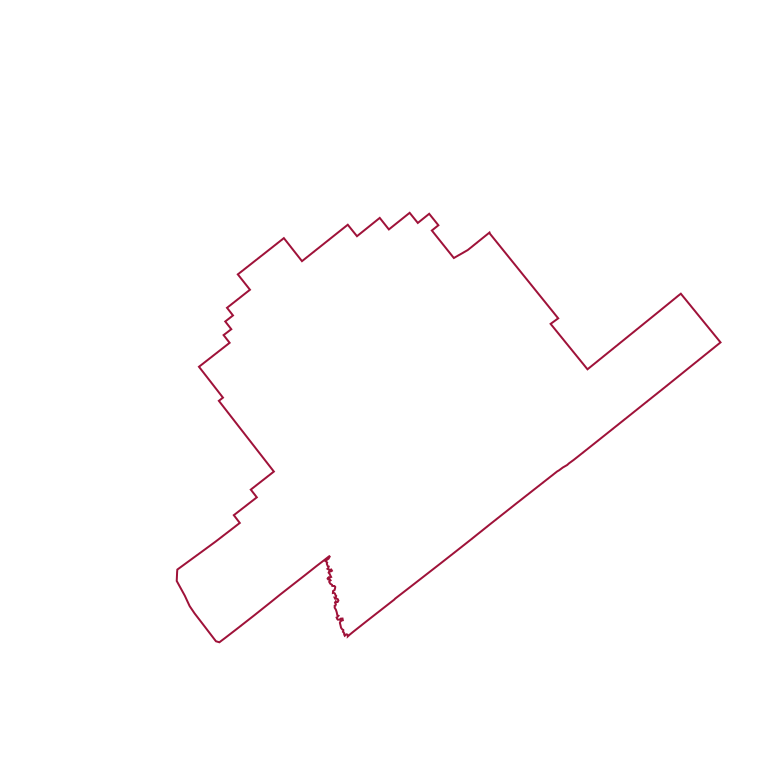 the district of Big Horn, Montana, United States of America, rotated 322°
{"feature_id": "52423323B41893825317472", "entity_name": "Big Horn", "entity_type": "district", "adm_level": 2, "iso_a3": "USA", "parent_name": "United States of America", "parent_adm1": "Montana", "projection": "orthographic", "projection_center": [-107.953, 45.519], "detail": "fine", "context": "isolated", "style": "outline", "palette": "rose", "viewbox_px": 768, "rotation_deg": 322, "n_neighbors": 0, "source": "geoboundaries", "source_scale": "gbopen_adm2", "svg_char_len": 2292}
<svg xmlns="http://www.w3.org/2000/svg" viewBox="0 0 768 768"><g transform="rotate(322 384 384)"><path d="M669.7,495.6L641.3,496.2L553.4,497.7L552.3,439.2L561.7,439.5L560.0,330.9L560.4,329.6L532.4,330.0L516.6,327.7L516.2,292.5L524.6,292.4L524.4,277.7L509.8,277.9L509.6,264.9L483.0,265.2L482.9,250.5L453.7,250.9L453.5,236.2L395.0,236.7L394.9,207.4L374.6,207.5L336.3,207.6L336.4,227.2L307.2,227.3L307.2,237.0L297.4,237.0L297.4,246.8L287.7,246.7L287.7,256.5L248.8,256.5L248.7,295.6L243.5,295.6L243.4,330.2L243.3,385.2L214.0,385.2L214.0,395.0L184.9,394.9L184.8,404.7L154.2,404.5L106.9,403.0L105.3,404.7L99.4,411.6L96.7,428.2L95.5,433.3L94.1,439.4L93.5,448.2L93.4,462.2L93.2,480.7L93.2,483.3L95.3,486.2L96.9,486.2L102.7,486.3L116.7,486.4L128.7,486.4L132.9,486.4L139.9,486.4L149.2,486.3L160.3,486.2L172.6,486.0L182.8,486.0L190.6,486.0L205.1,486.0L218.7,485.9L229.2,486.0L234.8,486.0L234.9,486.6L232.8,487.5L230.7,487.4L228.8,487.4L229.0,488.0L229.3,489.7L228.2,490.5L227.5,493.1L228.0,493.8L226.4,494.9L225.7,494.9L226.1,495.9L227.1,497.3L228.2,497.7L228.0,499.1L226.6,498.9L225.5,497.9L224.2,498.6L224.3,499.8L223.7,502.4L223.5,503.5L222.2,503.1L221.6,502.3L220.5,502.3L219.7,502.7L219.8,503.8L220.9,504.4L221.0,505.8L219.9,505.8L219.0,506.2L218.7,508.2L219.4,510.3L218.9,511.2L219.8,512.1L220.5,512.6L220.7,513.7L220.1,514.5L218.3,515.9L216.4,515.8L215.1,517.2L215.8,517.5L216.3,518.9L215.8,520.4L215.9,521.5L214.6,522.5L213.6,521.8L213.3,523.0L214.3,523.5L215.1,525.2L214.7,526.6L213.2,527.2L212.1,526.3L212.2,525.6L210.8,526.1L210.5,527.9L209.3,528.7L208.6,528.4L207.4,529.9L207.1,532.4L206.2,534.8L204.9,537.4L205.4,538.6L204.0,538.9L202.9,538.8L202.5,540.2L202.5,541.2L203.9,542.3L205.6,542.3L206.9,543.3L206.1,544.8L205.2,544.4L203.7,544.2L202.2,545.0L201.2,547.3L200.1,549.6L200.0,551.7L200.5,552.7L199.8,553.7L199.1,554.0L199.2,554.8L199.2,555.9L198.4,556.9L198.1,558.2L199.1,558.2L200.2,558.1L200.9,559.0L200.7,559.9L200.1,560.6L202.8,560.4L207.5,560.3L224.0,560.2L259.6,560.2L260.4,560.0L280.9,560.1L319.3,560.2L353.2,560.1L353.5,560.1L362.9,560.0L381.2,559.8L414.8,559.6L466.7,559.5L468.8,559.8L473.5,559.9L478.5,560.6L480.9,560.4L486.7,560.6L501.8,560.5L524.4,560.3L525.4,560.3L602.4,559.5L674.8,558.4L673.5,495.6L669.7,495.6Z" fill="none" stroke="#9f1239" stroke-width="2"/></g></svg>